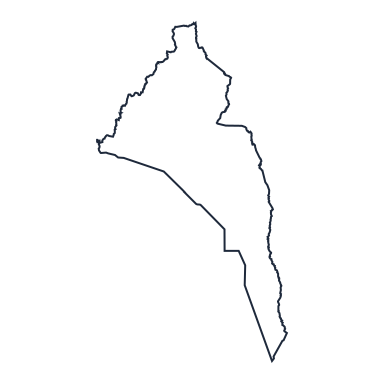 Capayán, Catamarca, Argentina (orthographic projection)
{"feature_id": "61730980B90105410435104", "entity_name": "Capayán", "entity_type": "district", "adm_level": 2, "iso_a3": "ARG", "parent_name": "Argentina", "parent_adm1": "Catamarca", "projection": "orthographic", "projection_center": [-65.985, -29.028], "detail": "fine", "context": "isolated", "style": "outline", "palette": "slate", "viewbox_px": 384, "rotation_deg": 0, "n_neighbors": 0, "source": "geoboundaries", "source_scale": "gbopen_adm2", "svg_char_len": 5907}
<svg xmlns="http://www.w3.org/2000/svg" viewBox="0 0 384 384"><path d="M272.0,361.0L273.9,358.5L273.6,356.5L282.4,340.8L283.6,340.3L286.9,333.0L284.4,331.2L284.2,330.7L285.1,328.9L284.8,328.6L284.8,327.1L284.2,326.3L283.0,325.3L282.3,324.9L282.5,324.2L282.3,323.3L282.6,322.7L282.2,322.6L281.9,321.8L281.4,321.5L282.1,320.5L281.3,320.1L281.0,318.8L280.8,318.9L279.7,316.9L279.6,316.5L279.9,316.1L279.5,313.4L279.2,312.6L278.3,311.6L278.3,311.3L278.7,310.8L278.4,310.3L278.4,306.1L279.1,305.1L279.1,304.3L278.0,301.8L278.0,301.3L280.3,297.7L280.8,296.1L280.9,295.4L280.6,295.2L281.0,294.0L280.2,293.2L280.9,290.0L280.6,287.5L281.3,286.0L281.0,285.7L281.2,285.3L280.2,283.3L280.2,282.5L279.0,280.6L279.2,279.7L278.6,277.9L279.0,277.8L278.1,276.3L278.1,273.7L277.2,272.4L277.5,272.1L276.9,270.4L275.4,269.7L275.0,267.8L275.2,267.6L274.6,266.5L274.8,266.0L274.3,265.9L273.6,264.2L273.0,264.3L272.1,263.5L272.4,261.8L271.4,260.2L271.5,259.2L270.2,258.5L269.6,257.6L269.5,256.8L270.1,256.3L269.8,255.4L270.3,254.0L270.6,253.9L271.1,253.0L271.1,252.6L269.8,251.5L268.7,249.5L268.4,248.6L268.9,247.7L268.7,247.2L268.1,246.9L268.2,246.4L268.6,246.2L268.8,244.3L268.5,243.8L268.1,241.4L268.3,241.3L268.3,240.3L267.6,239.2L268.4,238.7L268.3,238.2L267.8,237.7L267.6,236.8L268.1,236.6L269.0,235.5L268.7,234.1L269.6,232.5L270.3,229.9L269.9,228.9L269.4,228.4L269.4,228.0L269.9,227.9L270.1,227.3L269.6,226.0L270.0,225.1L270.0,224.5L270.3,224.1L269.9,222.5L270.2,222.2L270.7,220.4L270.5,219.8L270.9,218.7L270.8,218.3L271.1,216.6L271.8,216.0L271.0,214.4L270.9,212.3L271.2,211.8L270.9,211.0L271.5,210.7L272.3,209.5L272.6,209.7L272.9,209.4L272.4,208.0L268.7,201.9L269.2,201.4L269.3,200.9L268.6,199.5L268.9,198.5L268.5,198.2L268.5,197.5L269.1,196.7L268.2,195.5L269.0,193.9L269.2,190.2L267.4,185.2L265.3,182.2L262.4,170.5L261.9,170.4L261.0,169.0L259.8,168.3L259.9,168.1L259.5,167.5L259.8,167.1L259.5,165.8L259.0,165.4L259.4,164.8L259.8,165.5L260.7,164.9L260.9,164.1L260.6,162.3L261.4,161.1L261.0,159.7L260.5,159.2L260.5,158.6L259.6,157.7L256.0,150.3L255.8,149.1L255.2,147.3L255.0,145.3L253.9,144.1L253.2,143.8L252.8,144.7L252.5,144.7L252.2,143.9L252.2,143.3L252.0,142.9L252.3,142.5L252.1,141.3L251.3,140.5L251.7,139.8L251.4,139.5L251.5,138.8L251.3,136.6L251.6,136.1L251.5,135.8L251.7,135.2L251.4,134.2L251.6,133.4L250.8,132.2L250.2,132.3L250.1,131.9L249.3,132.5L248.5,132.2L247.8,130.9L247.1,130.8L246.4,129.5L246.3,128.1L245.1,127.0L241.8,125.8L225.8,125.6L218.2,123.8L217.3,123.5L216.8,122.9L217.6,121.5L217.8,120.7L220.2,118.1L220.7,115.0L221.8,112.7L222.9,112.1L224.2,112.0L224.9,111.7L224.8,111.1L225.0,110.7L225.8,110.6L225.7,109.2L226.7,108.7L226.6,107.4L226.9,107.1L227.7,107.1L228.2,106.3L228.4,105.2L229.1,104.4L229.0,103.7L228.3,103.0L228.4,101.3L226.7,99.0L225.9,95.7L226.5,94.6L226.4,92.8L227.3,91.9L227.4,91.2L227.9,90.7L227.6,89.2L228.1,88.4L227.5,87.0L227.4,86.1L229.9,84.2L230.1,83.7L230.2,79.5L231.1,77.8L230.6,77.2L229.6,76.8L229.0,76.1L225.4,75.0L225.2,74.1L224.5,74.1L224.2,73.8L224.0,73.1L224.4,72.7L224.2,72.2L207.1,58.5L206.9,58.7L206.3,57.9L206.3,57.3L206.0,56.9L206.0,56.2L206.6,55.5L205.5,54.4L205.6,53.5L205.3,52.6L204.4,52.0L204.2,51.3L203.8,51.1L203.7,50.2L202.5,47.6L202.1,47.4L201.9,47.8L200.7,47.7L199.7,48.1L198.8,47.9L198.2,46.6L197.8,44.2L196.3,41.6L196.3,39.8L196.1,38.9L196.3,38.6L196.0,38.1L196.0,37.3L196.5,36.7L196.6,35.8L195.9,33.9L196.5,31.7L195.9,31.3L196.0,29.4L195.3,28.2L196.0,27.1L196.1,26.1L195.7,25.6L195.5,23.0L195.1,23.4L194.9,24.1L194.5,24.0L193.8,23.2L193.6,23.8L193.3,23.6L192.7,24.3L192.2,24.2L191.5,25.0L190.4,25.4L189.5,25.4L188.4,26.5L186.6,26.2L186.1,25.8L184.9,26.0L184.0,25.6L176.8,26.9L175.3,26.8L174.3,28.9L173.7,29.4L172.7,29.7L172.6,31.4L173.5,32.6L174.0,34.0L173.4,35.8L172.6,36.6L172.6,38.2L174.8,42.0L175.2,44.1L174.9,44.6L176.0,46.9L176.0,47.4L176.3,47.5L175.6,49.0L175.1,49.6L174.8,50.5L173.8,51.6L171.3,51.8L170.8,52.3L167.1,51.4L166.8,53.5L167.7,54.5L167.2,55.8L167.6,56.4L167.8,57.6L167.3,58.7L166.0,58.9L165.7,59.4L165.0,59.4L163.6,61.2L162.5,62.0L161.4,62.0L161.1,62.0L160.9,62.3L158.2,62.0L157.9,62.2L158.0,62.6L157.7,62.4L157.3,62.9L157.1,63.7L156.6,64.2L156.5,64.6L156.2,64.6L156.0,66.1L156.3,66.5L156.4,67.3L156.1,68.0L156.0,69.5L154.9,70.8L154.8,71.5L153.8,72.3L153.4,74.1L151.8,75.3L150.8,75.1L149.6,75.6L148.4,76.8L147.2,76.7L145.7,78.8L146.0,79.2L145.8,79.7L146.3,80.5L147.0,82.6L146.2,83.1L146.1,83.7L145.3,83.9L145.1,84.2L145.2,84.8L144.6,85.4L144.7,86.0L144.2,86.9L144.4,87.5L144.1,88.5L143.8,88.5L143.6,89.0L143.2,89.1L142.6,92.3L141.0,92.3L141.0,93.5L140.5,94.0L140.0,95.0L139.1,95.1L138.6,94.9L137.9,93.3L135.8,92.7L134.8,93.2L134.0,95.0L133.6,95.5L132.3,96.1L131.5,96.2L130.8,95.1L130.1,94.8L130.1,94.5L128.8,94.5L128.5,94.7L127.4,98.7L127.1,99.0L126.9,101.0L126.6,101.8L126.8,102.3L126.4,103.7L126.0,103.9L124.9,105.8L123.9,105.3L123.0,106.0L122.6,105.8L122.5,106.2L121.5,106.9L121.6,108.8L121.0,108.8L120.6,110.3L120.7,112.6L121.2,112.8L120.6,113.1L120.5,114.1L119.8,113.7L120.6,116.5L120.6,117.4L120.3,117.5L120.3,117.9L118.9,118.1L118.8,120.1L116.8,119.4L115.9,119.9L115.8,120.7L116.4,121.7L116.1,122.4L116.4,124.1L116.2,124.6L116.4,125.3L116.1,125.4L116.2,125.8L115.2,127.0L115.1,128.2L115.5,129.1L114.9,129.3L114.6,129.9L114.8,130.5L114.8,132.8L114.6,133.3L113.8,133.9L113.6,135.2L113.0,136.7L109.1,136.0L108.1,135.4L107.0,135.2L105.9,136.1L105.7,136.6L104.9,137.4L104.6,138.6L103.5,138.9L102.7,139.9L102.3,140.7L102.4,142.1L101.4,142.4L100.5,142.6L99.8,142.1L99.4,141.5L99.5,140.6L98.0,140.7L97.5,139.9L97.1,139.9L97.1,141.6L97.4,142.2L98.4,142.0L98.8,143.0L99.3,143.4L98.8,144.3L99.6,146.1L99.4,147.7L98.7,148.6L99.0,150.4L100.4,152.6L100.9,153.0L106.1,152.6L108.2,153.4L115.0,155.0L118.1,157.5L123.7,157.9L163.8,171.5L183.0,190.4L184.7,192.2L184.5,192.3L196.2,204.0L197.2,204.4L199.9,204.6L200.8,205.1L224.5,229.3L224.6,250.9L238.7,250.9L245.2,265.3L244.7,285.2L272.0,361.0Z" fill="none" stroke="#1e293b" stroke-width="2"/></svg>